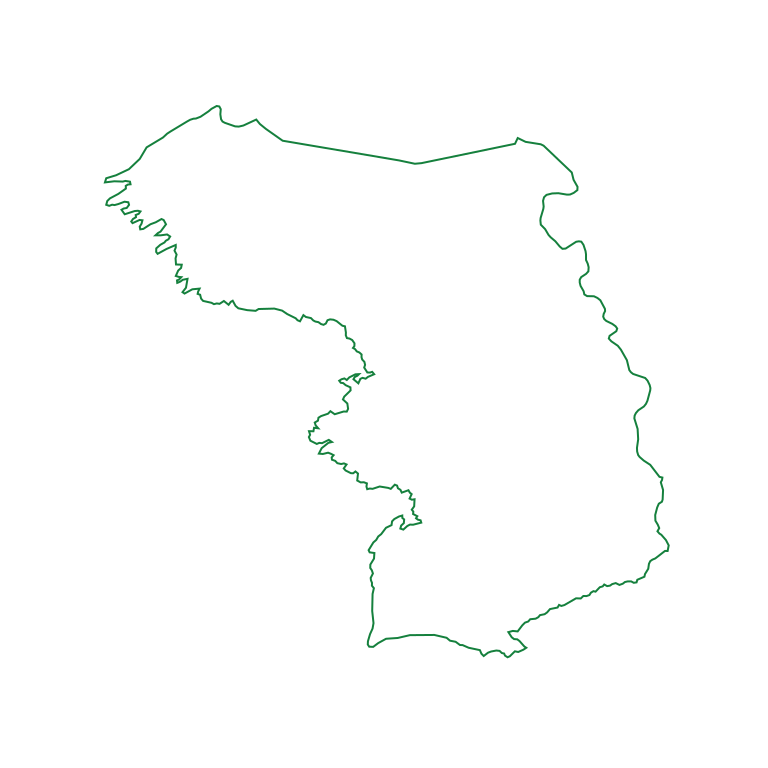 Cuiabá, Mato Grosso, Brazil, rotated 188°
{"feature_id": "56859067B53289335762080", "entity_name": "Cuiabá", "entity_type": "district", "adm_level": 2, "iso_a3": "BRA", "parent_name": "Brazil", "parent_adm1": "Mato Grosso", "projection": "albers", "projection_center": [-55.911, -15.41], "detail": "fine", "context": "isolated", "style": "outline", "palette": "green", "viewbox_px": 768, "rotation_deg": 188, "n_neighbors": 0, "source": "geoboundaries", "source_scale": "gbopen_adm2", "svg_char_len": 6138}
<svg xmlns="http://www.w3.org/2000/svg" viewBox="0 0 768 768"><g transform="rotate(188 384 384)"><path d="M95.3,330.1L98.3,330.4L109.1,341.0L116.1,344.3L120.7,347.3L122.4,349.0L123.9,352.3L124.6,355.9L124.6,364.6L126.6,374.8L131.3,384.8L131.4,387.6L130.5,390.3L128.5,393.4L123.5,397.9L121.8,400.8L120.8,404.1L119.5,414.7L119.6,417.0L120.8,420.0L123.5,424.0L126.2,426.3L138.7,428.6L141.1,430.0L143.0,431.9L146.8,441.4L154.2,451.0L157.8,454.4L164.8,457.9L167.7,460.3L167.3,463.1L161.3,468.6L160.8,471.4L162.7,473.4L166.3,475.3L172.7,477.4L175.0,479.0L176.3,481.2L176.2,484.0L175.2,487.0L175.7,489.2L181.4,497.0L184.6,498.9L188.3,500.1L195.1,499.3L198.1,500.6L199.2,503.6L203.0,508.5L204.3,511.7L204.7,514.5L203.6,517.3L199.2,521.2L197.3,524.0L197.6,528.1L199.0,531.5L201.2,534.9L202.0,540.5L202.9,543.6L205.8,549.5L208.4,552.4L210.9,552.4L213.5,551.6L223.0,543.4L226.1,542.7L229.1,544.6L234.2,549.2L239.4,552.5L241.8,554.5L246.0,559.8L250.9,563.6L251.9,567.7L252.0,570.2L250.6,579.6L250.6,582.0L252.0,587.5L251.5,591.2L249.4,593.9L244.0,596.1L237.9,597.2L229.2,597.0L226.2,597.5L222.8,599.6L219.5,602.9L219.8,606.2L224.7,612.6L227.5,619.6L259.1,642.2L262.1,643.2L277.5,643.5L285.8,646.2L287.7,640.1L377.7,607.9L384.1,606.4L400.2,607.5L518.2,610.8L536.5,620.2L543.1,624.2L547.3,628.1L559.2,620.4L563.6,618.7L567.3,618.4L578.0,620.5L580.4,621.4L582.2,623.5L583.6,628.3L583.9,633.4L585.7,635.9L588.4,636.0L593.1,632.5L595.7,629.6L602.9,623.1L607.2,620.7L609.6,620.2L612.7,618.7L615.6,616.5L630.5,604.4L633.6,601.7L637.2,597.3L652.0,585.3L657.2,572.9L666.5,561.2L678.4,553.4L687.7,549.1L688.4,544.8L679.3,547.2L670.8,548.1L668.4,549.1L663.7,549.0L662.8,546.5L665.3,545.9L667.3,544.3L666.8,541.6L673.5,535.3L681.2,529.7L683.5,526.7L684.0,522.8L680.9,522.2L678.2,523.7L675.7,523.7L672.2,525.2L666.3,528.4L662.5,528.4L661.4,525.9L663.3,522.5L666.3,521.5L668.2,520.0L664.4,516.0L654.9,520.6L651.8,521.3L649.2,521.0L650.6,518.4L653.4,516.8L652.8,514.7L655.6,512.4L656.9,509.7L655.4,508.3L648.9,512.4L646.0,512.5L646.4,509.1L647.8,505.8L646.9,503.2L643.9,504.1L637.5,509.7L632.5,512.4L627.3,516.4L625.0,515.7L622.1,511.8L626.5,503.8L628.9,502.0L631.0,499.4L626.0,500.1L619.6,501.9L616.3,500.3L617.6,497.3L620.0,495.5L621.1,493.6L624.9,490.7L628.4,486.6L628.0,483.1L626.3,481.4L618.1,487.5L609.6,492.7L609.2,490.2L610.0,486.9L607.4,483.3L607.9,479.4L606.6,473.4L600.9,474.0L601.1,470.7L603.6,467.7L605.2,462.0L602.1,461.5L599.6,461.6L601.5,458.9L603.4,457.8L602.8,455.4L599.9,457.1L597.8,459.2L593.2,460.8L593.5,451.8L596.3,446.9L594.1,445.8L587.0,451.1L579.9,452.8L580.9,449.7L581.1,447.3L578.5,446.8L577.0,443.1L574.7,441.1L566.1,440.4L563.5,439.4L560.8,440.5L558.0,440.5L554.1,443.9L548.9,440.8L547.2,444.0L545.4,445.4L541.9,440.7L538.8,438.7L529.7,438.1L521.3,438.6L518.6,440.8L503.1,443.4L495.1,442.5L489.6,439.8L480.6,436.8L478.5,435.1L475.9,434.4L473.4,441.0L470.7,439.5L465.5,439.1L462.9,437.1L460.7,436.3L457.5,436.1L454.7,434.6L452.1,434.2L450.0,435.8L448.8,439.3L446.4,440.5L443.0,440.6L439.7,439.7L433.3,435.9L430.7,435.7L428.9,429.7L428.6,426.9L427.1,424.3L424.5,424.2L421.6,423.1L418.9,420.2L418.6,417.4L419.7,415.4L417.5,414.5L415.5,412.5L412.8,411.8L410.3,410.1L410.0,407.4L409.0,405.2L406.5,403.2L405.4,400.3L405.9,397.5L402.1,393.1L399.4,393.4L397.4,394.4L395.1,392.3L400.9,388.8L402.9,386.7L406.1,387.1L408.1,385.8L409.5,381.1L414.9,384.5L413.9,386.9L411.5,388.5L410.1,390.3L413.7,389.6L419.3,385.7L421.4,382.8L424.0,384.0L426.7,382.8L428.8,381.0L427.0,379.2L424.5,379.2L421.8,377.5L416.8,376.0L416.2,373.0L421.6,366.0L422.5,363.0L417.6,359.6L416.1,354.4L417.0,351.5L420.2,351.1L428.6,347.2L433.3,349.6L435.3,346.8L441.8,343.5L444.2,341.5L444.3,338.5L447.2,336.2L445.9,333.5L443.0,331.0L447.2,330.9L447.3,327.4L451.7,326.8L450.1,323.4L451.0,321.0L449.0,317.6L442.2,315.3L439.9,316.7L437.1,316.8L430.9,321.0L427.5,319.3L430.9,318.0L436.8,311.8L438.8,306.0L434.8,306.2L429.8,308.2L426.8,307.5L424.0,306.5L425.6,304.0L425.0,301.8L421.6,301.1L419.2,299.1L415.3,298.8L412.6,299.8L409.9,299.1L412.1,294.8L410.0,293.0L404.4,291.1L402.1,291.3L400.1,293.4L397.3,291.7L397.1,284.7L393.4,283.3L390.3,283.9L387.1,283.2L387.1,280.0L386.0,277.5L383.5,278.5L380.7,278.6L374.0,281.9L365.3,281.7L362.7,281.1L359.3,285.8L356.9,285.2L355.7,282.7L353.0,281.5L351.3,278.9L345.0,282.2L343.3,280.0L341.3,278.8L342.7,274.1L340.3,273.3L337.7,274.1L337.1,267.0L339.0,263.4L337.2,261.7L337.1,259.3L332.6,257.7L333.6,255.5L331.6,254.4L328.8,254.1L327.8,251.9L335.6,248.7L338.7,248.4L341.2,246.6L344.6,242.5L347.7,243.1L347.3,246.2L345.0,249.0L345.2,252.7L347.2,253.9L347.6,256.3L350.7,254.9L355.0,251.7L356.9,249.1L356.9,245.3L362.0,241.9L365.9,234.9L368.5,232.2L370.0,228.5L372.5,225.6L376.1,217.3L374.8,215.3L370.0,215.3L369.6,209.7L372.4,203.3L372.0,199.9L370.1,197.8L368.6,194.8L370.2,190.1L369.6,187.8L368.2,185.4L367.9,182.6L365.6,180.4L366.1,174.5L364.1,157.6L361.1,145.7L361.3,140.2L363.0,134.4L364.1,127.0L363.8,123.8L362.1,121.8L358.1,122.2L353.7,126.6L346.5,132.0L335.1,134.4L323.4,138.9L299.2,142.5L286.7,141.4L282.9,139.0L277.2,138.7L272.4,136.1L269.9,136.4L263.5,134.6L252.0,133.8L250.0,130.5L247.4,128.5L243.6,132.4L240.7,134.0L235.7,135.7L232.4,135.8L229.9,134.0L227.5,133.8L226.4,131.9L223.6,130.6L221.5,131.9L217.2,137.5L213.8,137.3L209.0,140.3L206.4,142.6L208.5,143.6L214.0,148.3L216.5,149.7L219.7,149.5L222.3,151.0L226.3,155.6L222.1,157.4L217.2,157.6L213.5,164.2L211.2,167.3L208.1,168.9L206.5,171.4L201.2,172.7L198.7,174.6L197.4,176.8L192.9,178.4L190.7,180.5L188.3,184.2L181.0,186.8L179.9,189.6L177.5,188.9L174.6,190.2L164.0,198.5L159.3,199.0L157.1,201.8L153.9,202.2L151.2,203.6L150.1,206.1L147.8,208.0L145.6,207.8L142.0,212.8L139.3,214.0L138.0,216.1L134.9,214.9L132.1,215.8L130.2,217.6L126.8,219.1L122.9,217.8L119.7,219.5L117.9,221.4L115.3,222.4L111.7,222.9L109.0,221.9L106.3,222.7L105.9,225.4L99.3,229.4L99.1,232.1L96.6,237.8L96.6,242.8L95.7,245.6L93.8,247.4L91.1,249.0L82.5,257.8L79.9,258.1L79.6,263.8L83.1,268.7L88.4,273.3L90.4,274.2L92.7,276.2L91.4,279.6L93.3,282.8L96.2,286.4L97.2,292.0L96.3,299.7L95.2,303.7L92.4,306.1L92.0,308.4L92.9,317.9L96.2,325.2L95.3,327.7L95.3,330.1Z" fill="none" stroke="#15803d" stroke-width="2"/></g></svg>